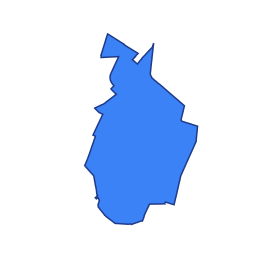 Barcanesti, Prahova, Romania (orthographic projection), rotated 56°
{"feature_id": "2599482B47702266921229", "entity_name": "Barcanesti", "entity_type": "district", "adm_level": 2, "iso_a3": "ROU", "parent_name": "Romania", "parent_adm1": "Prahova", "projection": "orthographic", "projection_center": [26.058, 44.879], "detail": "fine", "context": "isolated", "style": "filled", "palette": "blue", "viewbox_px": 256, "rotation_deg": 56, "n_neighbors": 0, "source": "geoboundaries", "source_scale": "gbopen_adm2", "svg_char_len": 5166}
<svg xmlns="http://www.w3.org/2000/svg" viewBox="0 0 256 256"><g transform="rotate(56 128 128)"><path d="M213.2,168.1L212.7,167.3L212.0,166.4L211.6,165.7L210.8,164.7L210.3,164.1L210.0,163.7L209.8,163.8L209.7,163.7L208.5,161.7L207.4,159.9L206.6,158.6L205.5,156.7L203.9,154.0L203.1,152.7L203.6,151.9L204.0,151.3L205.1,149.7L205.8,148.6L206.0,148.3L206.3,147.8L206.7,147.2L206.9,146.9L207.3,146.4L207.6,145.8L208.0,145.3L208.5,144.5L208.6,144.3L208.7,144.2L208.9,144.0L209.1,143.7L209.9,142.3L210.3,141.7L211.2,140.2L211.4,139.9L210.9,139.9L210.8,139.7L210.7,139.3L210.6,138.9L210.6,138.6L210.5,138.3L210.6,138.1L210.8,138.0L210.9,137.9L211.0,137.8L211.2,137.7L211.3,137.6L211.8,137.2L212.1,137.0L212.3,136.8L212.5,136.6L212.7,136.4L212.9,136.3L213.0,136.2L214.3,135.2L215.7,134.1L216.8,133.2L217.4,132.7L216.4,131.7L209.7,124.4L203.1,117.4L201.0,115.1L199.8,113.8L199.0,113.0L197.8,111.7L197.1,111.0L196.4,109.8L193.7,105.5L192.5,103.6L192.0,102.7L191.1,101.4L190.8,100.8L189.9,99.5L188.7,97.5L188.5,97.1L188.0,96.3L186.2,93.5L184.9,91.4L184.3,90.4L180.9,84.9L179.7,83.0L179.0,81.9L177.4,79.3L177.4,79.2L176.4,78.4L174.7,77.0L173.2,75.8L171.9,74.7L170.4,73.5L168.8,72.1L167.1,70.7L165.9,69.8L165.4,69.3L164.3,70.2L161.3,72.6L160.2,73.4L157.0,76.0L153.7,78.6L152.0,79.8L151.2,79.4L150.6,79.1L150.2,78.8L149.7,78.2L148.9,77.3L148.4,76.8L147.0,75.2L145.2,73.2L143.9,71.8L143.3,71.2L142.4,70.2L142.0,69.7L141.6,69.3L141.5,69.2L141.1,68.8L119.0,74.8L113.3,76.3L112.9,76.4L112.6,76.5L112.2,76.6L111.2,76.9L110.5,77.1L109.9,77.2L109.0,77.5L108.8,77.6L108.5,77.7L108.1,77.9L107.6,78.1L107.2,78.1L106.8,78.3L106.1,78.4L105.7,78.5L105.3,78.6L104.8,78.8L104.4,78.9L103.9,79.0L103.6,79.2L102.8,79.4L101.9,79.6L101.0,79.8L100.9,79.9L100.5,80.0L100.2,80.2L99.7,80.2L99.1,79.9L98.1,79.9L96.6,79.7L95.1,78.9L92.8,76.9L91.3,75.7L88.9,73.7L86.9,72.0L86.1,71.3L85.0,70.3L83.4,69.0L82.1,68.0L81.3,67.2L79.7,65.9L79.3,65.6L77.7,64.2L76.7,63.3L75.1,62.0L74.2,61.2L73.3,60.4L73.0,60.2L72.3,59.4L72.1,59.2L72.2,59.4L72.9,60.4L73.1,60.8L73.4,61.1L73.8,61.6L74.1,61.9L74.3,62.1L74.4,62.3L74.5,62.4L74.5,62.6L74.7,63.0L74.8,63.4L76.0,69.1L76.3,70.0L76.4,70.7L77.1,73.5L77.4,74.9L77.6,76.1L77.9,77.1L78.0,77.6L78.3,78.0L78.4,78.6L78.5,78.9L78.8,79.9L79.1,81.1L80.3,84.4L79.8,84.5L79.2,84.7L78.9,84.8L78.2,85.0L77.8,85.1L77.6,85.2L77.4,85.2L77.1,85.2L77.0,85.3L76.5,85.4L76.3,85.4L75.9,85.5L75.6,85.6L75.1,85.8L74.8,85.9L74.6,86.0L74.2,86.2L73.9,86.3L73.0,82.1L72.8,82.2L72.1,79.7L72.1,79.0L71.8,77.9L70.9,78.3L67.4,79.9L61.0,82.8L56.9,84.6L56.6,84.3L52.0,86.4L38.7,92.2L38.6,92.3L39.6,93.5L41.1,95.5L43.6,98.5L45.7,101.1L46.5,102.1L48.3,104.4L49.3,105.6L50.6,107.2L52.1,109.1L52.4,109.5L52.5,109.6L52.6,109.4L54.5,110.9L55.6,109.1L58.0,105.0L60.0,101.7L61.3,99.6L63.5,96.1L63.6,95.9L65.4,98.7L65.9,99.6L66.9,101.3L68.3,103.6L69.5,105.6L70.8,107.7L71.5,108.8L72.5,110.5L73.3,111.7L73.7,112.3L73.9,112.6L74.4,113.2L74.8,113.6L75.2,113.9L75.9,114.5L76.2,114.7L76.5,114.9L76.9,115.1L77.3,115.3L77.8,115.5L78.3,115.8L79.0,115.9L79.6,116.1L80.0,116.2L80.3,116.2L80.5,116.2L81.2,116.3L81.8,116.3L82.3,116.3L82.7,116.2L83.3,116.2L84.5,116.1L85.1,116.0L85.9,119.5L86.1,120.3L89.0,119.8L90.7,119.5L92.1,119.2L93.6,118.9L93.6,119.4L93.6,120.2L93.6,120.9L93.7,122.1L93.9,125.2L94.2,131.1L94.4,132.9L94.4,134.2L94.5,134.5L94.4,134.8L94.4,135.0L94.4,135.3L94.3,135.9L94.2,136.2L94.1,136.7L94.0,137.0L93.5,140.7L93.2,142.4L93.1,143.1L92.9,144.3L92.9,144.5L93.0,144.5L93.3,144.5L93.7,144.4L94.0,144.3L96.1,143.9L96.8,143.8L97.6,143.6L98.2,143.5L98.5,143.5L98.8,143.4L99.0,143.3L99.2,143.2L99.4,143.1L100.5,142.4L101.1,142.1L102.1,141.5L102.5,141.2L105.3,145.9L114.3,161.0L116.6,159.6L127.8,174.4L131.1,179.0L132.4,181.0L133.4,182.4L134.2,183.7L134.7,184.5L134.8,184.8L135.6,184.9L143.0,183.9L145.1,183.6L147.1,183.3L148.2,183.2L148.5,183.2L150.3,183.9L151.8,184.6L153.6,185.4L154.3,185.7L155.0,186.0L156.3,186.6L158.9,187.7L159.7,188.0L160.8,188.5L162.1,189.1L162.3,189.2L163.0,189.5L163.4,189.8L164.0,190.1L164.3,190.3L164.9,190.6L165.4,190.8L165.5,190.8L165.8,190.9L166.7,190.9L166.8,190.9L166.9,191.5L167.2,191.4L167.5,193.7L167.5,194.1L168.0,194.0L168.5,193.9L168.9,193.9L169.1,193.8L169.1,193.1L169.1,192.8L169.0,192.6L168.9,192.1L168.9,191.9L169.1,191.9L169.5,191.9L170.2,192.0L170.8,192.1L171.1,192.2L171.6,192.2L172.0,192.3L172.1,192.5L172.7,193.0L173.1,193.5L174.3,195.1L175.0,195.9L175.2,196.0L175.9,196.3L176.4,196.5L177.2,196.7L177.2,196.8L178.7,196.7L179.3,196.7L180.0,196.6L180.4,196.6L181.5,196.5L182.6,196.4L183.9,196.3L185.1,196.2L185.8,196.1L186.3,196.1L186.6,196.1L186.8,196.1L187.1,196.1L187.3,196.1L187.5,195.9L188.2,195.8L188.6,195.8L189.0,195.7L190.2,195.3L193.5,194.2L194.9,193.7L195.8,193.4L196.0,193.3L198.6,192.5L199.9,192.0L200.2,191.7L201.1,190.4L203.3,187.6L204.0,186.7L206.0,184.1L207.6,182.0L207.9,181.6L208.0,181.4L208.2,181.1L208.4,180.7L208.6,180.1L208.8,179.6L209.0,179.4L209.3,179.3L209.5,179.3L209.8,179.3L209.9,179.0L210.1,178.1L210.4,177.1L210.8,175.5L211.0,174.5L211.3,173.7L211.5,173.1L211.7,172.1L211.9,171.2L212.0,170.7L212.2,170.0L212.3,169.7L212.4,169.2L212.5,169.1L212.7,168.6L212.8,168.4L213.2,168.1Z" fill="#3b82f6" stroke="#1e3a8a" stroke-width="1.5"/></g></svg>